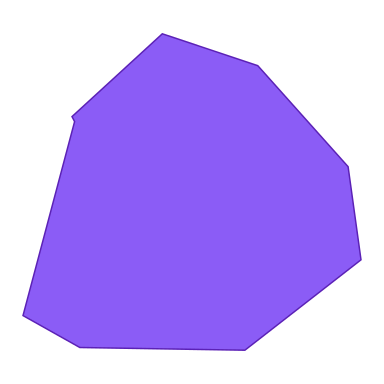 the district of Fond Canie, Castries, Saint Lucia
{"feature_id": "8701671B84491224846423", "entity_name": "Fond Canie", "entity_type": "district", "adm_level": 2, "iso_a3": "LCA", "parent_name": "Saint Lucia", "parent_adm1": "Castries", "projection": "mercator", "projection_center": [-60.96, 13.992], "detail": "fine", "context": "isolated", "style": "filled", "palette": "violet", "viewbox_px": 384, "rotation_deg": 0, "n_neighbors": 0, "source": "geoboundaries", "source_scale": "gbopen_adm2", "svg_char_len": 245}
<svg xmlns="http://www.w3.org/2000/svg" viewBox="0 0 384 384"><path d="M72.0,116.6L74.6,121.6L23.0,315.6L79.8,347.5L244.9,350.2L361.0,259.8L348.1,166.7L257.8,65.7L162.3,33.8L72.0,116.6Z" fill="#8b5cf6" stroke="#5b21b6" stroke-width="1.5"/></svg>